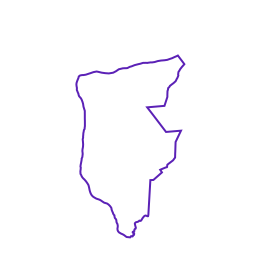 outline of Au Tabor, Anse-la-Raye, Saint Lucia, rotated 308°
{"feature_id": "8701671B26894832040288", "entity_name": "Au Tabor", "entity_type": "district", "adm_level": 2, "iso_a3": "LCA", "parent_name": "Saint Lucia", "parent_adm1": "Anse-la-Raye", "projection": "robinson", "projection_center": [-61.042, 13.946], "detail": "fine", "context": "isolated", "style": "outline", "palette": "violet", "viewbox_px": 256, "rotation_deg": 308, "n_neighbors": 0, "source": "geoboundaries", "source_scale": "gbopen_adm2", "svg_char_len": 3466}
<svg xmlns="http://www.w3.org/2000/svg" viewBox="0 0 256 256"><g transform="rotate(308 128 128)"><path d="M158.5,171.4L148.3,160.4L153.7,139.8L156.1,130.4L167.9,143.1L176.7,139.9L178.5,138.5L181.4,136.4L182.8,135.9L183.5,135.5L184.1,135.1L184.7,135.2L185.8,135.3L186.6,135.2L187.0,135.1L189.0,135.6L189.5,135.7L190.1,135.9L191.7,136.3L193.5,136.6L193.9,136.7L194.4,136.7L196.7,136.2L197.7,136.1L198.1,136.0L198.5,135.9L199.5,135.6L200.3,135.4L201.1,134.5L202.0,134.0L202.5,133.7L202.8,133.5L203.5,133.2L204.8,133.2L206.3,132.9L209.3,132.9L210.9,133.0L212.4,133.1L213.0,133.1L213.4,131.7L215.8,122.7L215.5,122.6L212.4,120.9L210.2,119.8L207.8,118.2L205.9,117.0L203.9,115.1L202.8,113.9L201.5,112.5L199.0,110.2L196.4,108.4L194.4,106.5L193.5,105.3L191.6,103.5L191.3,103.3L190.4,102.0L188.5,99.7L186.3,98.2L184.6,96.8L181.6,94.5L179.0,93.0L177.2,91.7L175.0,90.7L174.5,90.3L172.0,87.3L168.6,84.6L165.4,83.6L162.5,82.3L159.2,79.3L157.2,76.3L155.4,73.2L154.0,70.1L153.7,69.5L153.2,68.5L150.8,66.4L147.7,64.4L147.3,64.1L144.0,61.9L142.3,60.3L141.3,59.1L139.9,57.9L138.3,57.5L137.0,58.1L134.5,58.8L134.2,58.9L133.2,59.2L133.0,59.3L131.9,59.7L130.7,60.4L129.4,61.6L128.1,63.1L126.8,64.0L126.2,64.6L125.9,65.3L124.9,66.9L124.7,67.5L123.6,68.8L122.9,70.0L122.4,72.7L121.7,74.2L120.6,76.0L119.4,77.7L117.4,79.8L116.0,81.8L114.9,83.4L111.5,86.1L108.8,88.2L107.0,89.7L105.1,91.2L103.3,92.6L103.1,92.8L101.5,93.7L100.5,94.4L99.3,94.5L97.5,95.5L96.6,95.9L95.4,96.7L95.0,97.0L93.7,97.8L92.7,98.6L91.3,99.2L89.5,100.9L87.5,102.7L85.8,103.9L84.4,104.7L83.5,105.1L81.8,106.2L80.6,107.4L79.6,108.3L77.0,109.9L75.2,110.4L74.5,111.0L74.3,111.1L74.1,111.2L71.8,112.4L69.6,113.5L68.2,114.4L67.8,115.1L66.0,116.3L64.6,117.1L63.1,118.4L62.6,118.8L62.1,120.1L61.5,121.1L61.0,122.4L60.8,123.4L60.7,123.8L60.6,125.3L60.1,127.8L59.3,130.4L58.6,132.1L57.2,133.9L55.4,136.0L54.3,137.5L53.4,139.0L52.7,140.7L52.5,141.8L52.4,142.6L52.5,144.1L52.8,146.2L52.8,146.4L53.7,148.9L54.0,149.9L54.2,151.1L54.3,152.9L54.4,154.2L54.5,155.3L54.8,156.0L55.2,157.0L55.6,158.0L55.7,159.7L55.5,161.5L55.2,162.8L54.7,164.2L53.8,165.1L53.1,166.1L52.2,167.7L52.0,168.2L51.3,169.1L51.1,169.8L50.8,170.6L50.8,171.1L49.8,172.0L49.0,173.1L48.8,173.9L48.8,174.4L48.6,174.8L48.2,175.6L47.7,175.9L47.1,176.6L46.6,177.1L46.1,178.1L45.9,178.7L45.3,179.4L44.9,179.9L43.9,180.7L43.0,181.2L42.1,181.7L41.7,182.1L41.1,182.7L40.5,183.8L40.2,185.1L40.5,187.5L41.0,189.4L41.2,191.1L41.2,193.2L41.3,194.1L41.8,194.9L42.5,196.0L43.1,197.0L43.7,197.0L44.3,197.1L44.5,197.0L44.9,197.3L45.0,197.5L45.0,197.9L45.1,198.1L45.6,198.4L46.4,198.1L46.6,198.1L47.2,198.4L47.5,198.5L47.7,198.4L47.8,198.3L47.7,197.8L47.9,197.6L48.2,197.6L48.5,197.9L48.9,197.6L49.0,197.1L48.9,196.7L48.6,196.4L48.6,196.1L48.8,195.8L49.2,195.8L49.5,195.9L50.0,196.1L50.4,196.3L50.8,196.4L51.0,196.2L51.6,195.8L51.9,195.7L52.1,195.6L52.6,195.6L53.2,195.9L53.6,195.7L54.1,195.7L54.7,195.0L54.8,194.8L55.7,193.6L56.0,193.3L56.5,192.6L56.7,192.4L57.1,192.1L57.9,192.1L58.4,192.2L59.3,192.8L59.6,193.1L60.0,193.3L60.7,193.8L62.0,194.0L62.4,194.6L62.4,194.9L62.7,195.2L63.5,195.3L65.9,195.0L66.4,195.0L68.2,195.0L69.2,195.3L69.8,195.7L70.2,196.6L70.3,197.2L70.4,197.5L70.7,198.0L70.9,198.1L72.1,197.5L100.7,177.7L102.7,180.0L113.9,182.1L114.6,180.1L114.9,179.1L115.1,179.2L117.3,180.4L120.1,182.0L121.1,182.8L121.3,182.8L121.7,182.5L123.4,181.6L130.2,183.4L133.7,183.3L137.6,180.4L137.8,180.3L146.3,174.1L158.5,171.4Z" fill="none" stroke="#5b21b6" stroke-width="2"/></g></svg>